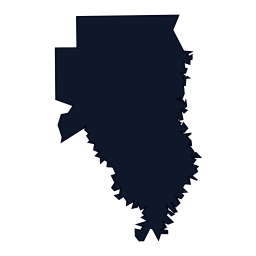 the district of San Pedro, Misiones, Argentina
{"feature_id": "61730980B51205763692060", "entity_name": "San Pedro", "entity_type": "district", "adm_level": 2, "iso_a3": "ARG", "parent_name": "Argentina", "parent_adm1": "Misiones", "projection": "orthographic", "projection_center": [-53.77, -26.751], "detail": "medium", "context": "isolated", "style": "filled", "palette": "ink", "viewbox_px": 256, "rotation_deg": 0, "n_neighbors": 0, "source": "geoboundaries", "source_scale": "gbopen_adm2", "svg_char_len": 1881}
<svg xmlns="http://www.w3.org/2000/svg" viewBox="0 0 256 256"><path d="M56.0,99.3L73.4,105.6L68.3,113.4L61.5,114.8L58.3,125.0L62.4,137.1L61.5,141.9L85.7,126.6L85.0,129.8L89.0,133.6L87.0,135.8L90.1,140.5L88.5,142.2L94.9,143.6L93.9,149.7L99.5,152.1L95.7,155.8L100.5,157.5L100.7,162.8L104.3,159.6L107.8,161.5L107.2,166.5L112.9,166.8L116.3,174.1L111.7,175.8L115.1,182.6L111.9,187.7L114.4,190.4L120.8,188.1L119.7,194.4L115.1,195.6L119.1,199.2L123.6,196.1L127.0,201.1L126.7,205.2L134.4,200.8L132.3,208.1L137.3,206.9L138.0,202.9L140.7,209.5L146.2,206.7L142.4,213.0L145.3,215.5L141.8,217.4L148.3,221.1L137.3,224.5L143.2,226.3L140.8,230.5L135.4,229.3L135.6,236.1L139.2,240.6L143.5,240.5L149.8,228.0L152.7,228.7L158.5,239.6L160.6,233.3L167.5,233.4L167.4,230.8L161.3,229.7L166.1,227.1L162.8,221.7L168.3,223.9L172.8,222.0L165.9,215.4L167.8,212.1L171.5,215.5L173.9,214.1L167.9,210.5L166.6,205.2L174.2,212.3L176.8,211.6L170.6,201.5L175.7,206.6L179.7,203.1L175.8,196.8L181.3,198.4L183.3,195.7L180.5,192.4L186.6,191.9L182.1,187.7L184.7,183.6L190.1,184.0L188.8,176.9L197.3,180.1L191.6,175.7L197.3,171.4L195.8,168.6L197.8,166.5L191.9,164.5L195.6,159.9L191.7,157.1L200.4,157.3L195.8,152.7L192.1,153.9L193.6,151.4L188.3,144.4L191.3,145.2L190.8,140.8L186.8,136.6L191.2,133.3L183.7,134.4L180.6,131.8L184.1,132.1L187.5,128.3L183.4,123.0L182.4,125.7L179.0,125.6L180.8,123.1L177.1,120.2L178.1,117.4L179.7,120.0L182.7,119.3L180.7,109.6L184.1,112.7L186.9,110.3L183.4,108.9L186.5,106.1L185.7,101.1L184.6,103.9L182.7,100.3L176.8,99.2L178.8,97.6L181.4,100.0L184.0,93.6L183.1,84.7L185.1,85.3L185.7,78.2L189.1,77.9L187.5,76.7L182.2,79.1L184.9,76.1L181.1,73.3L185.4,72.9L186.9,68.8L184.5,68.4L183.9,62.1L189.7,64.1L189.7,59.9L191.9,59.0L191.9,55.1L189.3,56.7L187.3,54.0L191.2,51.9L183.6,51.3L172.5,30.0L178.5,15.4L76.8,16.8L77.2,48.1L55.6,48.2L56.0,99.3Z" fill="#0f172a" stroke="#020617" stroke-width="1.5"/></svg>